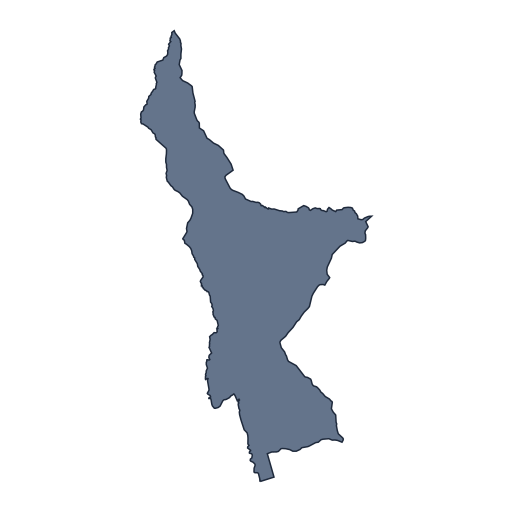 outline of Santa Rosa De Viterbo, Boyacá, Colombia
{"feature_id": "7082276B66726044645643", "entity_name": "Santa Rosa De Viterbo", "entity_type": "district", "adm_level": 2, "iso_a3": "COL", "parent_name": "Colombia", "parent_adm1": "Boyacá", "projection": "orthographic", "projection_center": [-72.996, 5.904], "detail": "fine", "context": "isolated", "style": "filled", "palette": "slate", "viewbox_px": 512, "rotation_deg": 0, "n_neighbors": 0, "source": "geoboundaries", "source_scale": "gbopen_adm2", "svg_char_len": 6065}
<svg xmlns="http://www.w3.org/2000/svg" viewBox="0 0 512 512"><path d="M247.9,444.0L249.0,445.3L247.7,446.9L247.6,448.0L250.6,450.3L250.6,450.7L249.6,451.5L249.3,452.9L249.7,453.3L251.5,453.7L252.0,454.3L252.3,455.3L251.8,458.0L250.4,459.1L250.2,460.4L250.7,461.1L253.2,462.3L255.0,464.2L255.1,465.4L254.1,468.2L254.0,472.0L254.9,472.7L257.4,472.7L258.4,473.4L259.7,478.5L259.9,480.7L260.3,480.4L260.8,481.3L274.0,477.1L267.3,453.7L271.7,452.0L276.5,451.9L278.4,451.4L281.0,448.7L282.3,448.5L285.7,448.7L289.8,449.6L292.8,451.2L296.3,451.2L300.0,449.5L301.8,447.7L307.9,446.6L309.3,446.0L315.7,442.6L318.3,442.2L321.1,439.7L323.0,439.2L328.9,438.7L332.2,440.1L335.0,440.0L337.5,440.4L342.0,442.2L343.1,440.2L343.3,439.0L342.8,438.0L338.3,433.8L337.3,430.6L336.4,425.6L336.7,423.9L336.1,422.3L335.7,415.0L333.2,412.1L331.4,408.8L332.3,402.4L332.0,401.5L331.1,401.0L329.4,399.0L325.2,396.5L322.7,393.5L320.8,392.0L319.7,390.0L317.4,387.5L316.3,386.7L313.6,385.9L313.0,385.4L312.1,383.9L311.2,380.3L310.6,379.1L307.5,377.4L305.2,377.0L304.5,376.4L296.2,365.6L288.5,361.4L287.6,359.9L286.4,355.9L285.6,354.7L284.6,351.9L281.3,347.7L279.9,342.6L280.1,341.6L281.1,340.1L285.6,336.3L288.1,332.7L293.0,327.4L296.6,321.8L299.2,319.7L301.2,316.2L304.2,312.1L307.8,308.6L309.4,306.6L311.9,296.2L313.3,293.3L317.6,286.6L319.4,284.9L320.6,284.6L323.1,284.5L324.8,285.1L326.8,281.5L329.2,278.5L329.7,277.6L327.2,274.3L326.7,270.4L327.3,267.0L331.4,258.2L332.2,254.5L340.0,246.2L345.2,243.1L346.9,241.0L347.8,240.4L352.5,241.5L354.4,241.2L355.7,241.4L356.3,241.9L359.6,242.9L362.4,242.6L364.9,241.2L365.5,240.3L365.7,238.2L365.6,234.7L364.9,233.1L365.3,230.8L367.8,227.6L368.1,226.7L365.7,221.6L371.6,216.2L369.1,216.3L367.7,216.7L364.4,218.1L363.0,219.4L362.1,219.6L361.1,219.7L357.9,218.8L357.7,216.1L356.3,213.7L355.0,212.6L354.6,211.1L353.2,210.1L352.4,208.1L350.8,207.5L348.1,207.3L344.5,207.7L343.5,208.0L342.1,209.6L336.7,210.1L335.7,211.6L332.3,210.1L330.8,208.7L329.0,207.5L327.5,209.3L327.0,211.3L326.1,211.7L323.4,210.6L321.9,210.5L320.6,209.6L320.3,208.7L319.7,208.5L317.2,208.6L315.2,207.9L312.9,208.7L310.4,210.4L309.3,209.8L308.9,208.4L308.4,207.8L306.1,206.4L303.7,205.6L298.2,208.8L297.9,210.4L296.7,212.0L288.6,212.6L287.4,212.4L285.9,211.4L283.6,211.6L282.4,211.0L279.5,210.7L274.2,209.0L271.7,209.1L268.7,208.0L268.5,208.9L267.9,208.9L265.2,207.0L264.9,207.5L262.5,205.5L261.2,205.7L260.7,204.2L259.3,202.8L257.9,202.3L256.0,202.4L252.7,201.4L251.1,201.5L245.5,199.0L243.9,196.0L242.3,194.4L238.2,192.4L232.7,190.3L231.3,189.4L230.1,188.1L225.7,179.7L225.1,178.4L224.9,176.8L226.0,175.3L233.1,170.2L231.1,164.1L227.0,157.6L224.1,153.7L223.8,153.0L223.5,150.2L223.2,149.8L218.3,145.4L213.5,143.1L209.5,139.7L207.0,138.2L203.6,130.8L199.4,128.0L199.3,123.1L198.6,121.9L197.5,121.0L196.8,119.8L194.3,113.3L194.2,111.9L195.1,107.3L195.2,105.1L194.7,102.2L195.1,101.4L192.9,92.9L192.2,86.7L191.6,85.9L187.7,83.0L182.6,80.6L180.1,77.7L181.7,75.3L181.9,73.9L182.0,70.5L179.2,64.6L180.0,60.0L180.9,58.5L180.9,53.9L181.5,49.0L180.9,45.7L181.0,43.2L180.5,42.6L180.4,40.8L179.7,38.9L175.2,33.1L174.2,30.7L171.8,32.5L171.9,34.4L171.0,36.6L171.3,37.5L170.2,38.1L170.2,39.9L169.9,40.8L170.8,41.6L168.6,44.2L169.4,45.9L168.4,47.9L168.6,48.9L167.5,50.9L167.8,52.0L167.6,54.5L166.5,56.1L163.8,57.6L162.8,60.1L157.2,62.0L156.1,63.9L155.1,64.9L155.0,66.2L154.5,67.1L155.0,68.2L154.4,68.4L154.3,69.3L153.9,69.6L153.9,69.9L154.6,70.3L154.2,72.3L156.0,75.7L156.1,76.2L155.4,77.4L155.4,78.2L156.9,82.3L156.3,83.6L156.4,84.5L155.7,87.4L155.7,88.4L155.5,88.8L153.6,89.5L152.8,91.0L151.1,93.3L151.0,94.5L148.8,96.4L148.6,98.3L146.8,101.3L147.1,104.0L146.8,104.4L145.9,104.7L143.9,106.9L143.5,109.9L142.5,111.3L141.4,111.9L140.7,114.1L141.0,118.0L140.4,119.1L141.0,119.8L140.8,122.1L141.5,123.7L143.1,124.0L148.0,127.2L148.6,128.2L151.1,129.7L153.0,132.9L154.7,133.9L155.2,134.8L155.4,136.9L156.0,137.8L155.9,139.0L156.2,139.5L166.0,148.2L166.4,149.0L166.5,150.6L166.4,153.9L165.8,158.7L165.8,162.1L166.5,164.4L166.5,167.4L167.1,170.4L166.1,173.4L166.6,175.5L166.3,177.4L167.3,181.3L168.2,182.0L170.9,185.7L172.5,186.9L173.9,189.1L175.0,190.2L178.1,191.7L179.9,193.0L182.4,196.2L187.3,199.7L188.3,201.0L189.6,204.3L191.9,206.9L192.7,209.3L192.7,213.3L190.9,218.4L189.8,220.4L187.7,222.8L186.5,228.5L187.0,231.5L186.5,232.7L182.8,238.7L183.1,239.4L184.3,240.2L184.9,243.3L186.3,244.1L189.3,246.6L190.7,248.4L191.7,250.8L192.1,253.7L193.5,256.0L193.7,257.1L194.7,257.9L194.7,259.4L197.3,263.7L197.8,266.5L199.7,269.4L200.3,271.2L202.4,273.8L202.2,274.7L203.0,275.6L203.1,276.9L200.8,280.2L200.3,281.3L200.9,282.8L201.5,283.3L201.4,285.8L202.1,285.7L202.2,286.9L203.1,287.5L203.3,288.5L204.7,289.6L205.0,290.2L206.7,290.8L207.0,291.6L208.4,291.8L208.8,292.4L209.5,295.1L210.2,296.2L210.6,302.1L211.6,303.3L212.2,305.1L211.7,306.5L212.9,308.3L213.3,310.0L213.4,310.9L212.8,311.9L213.2,313.1L213.0,314.2L214.2,317.1L215.1,317.5L215.2,318.8L217.1,320.4L218.3,325.5L217.7,326.5L217.5,327.5L216.9,328.2L217.7,328.7L217.0,329.2L216.9,329.6L217.2,331.6L216.7,332.3L216.1,332.8L214.1,332.6L212.3,334.5L211.0,335.3L209.6,336.7L210.1,339.4L209.4,343.0L209.7,343.6L209.4,345.2L209.6,346.2L209.0,347.3L211.6,353.0L209.4,355.1L209.0,356.0L208.9,357.6L209.8,359.6L209.1,360.1L207.2,359.7L206.8,359.9L206.8,361.3L206.3,362.3L206.3,364.6L207.5,368.1L206.2,371.0L206.2,372.7L205.7,373.8L205.5,374.9L205.9,375.7L205.5,376.4L205.4,379.0L205.6,379.5L207.3,378.5L208.0,378.6L207.5,380.5L209.0,389.3L208.9,390.4L207.3,393.3L207.9,394.2L210.1,395.5L210.6,396.9L208.9,397.9L208.8,398.4L209.0,398.6L210.3,398.3L210.5,398.5L211.0,399.4L211.8,404.2L212.4,405.9L214.3,408.2L215.3,408.3L218.2,407.5L220.1,406.1L222.7,401.0L223.5,400.1L224.3,399.7L225.5,399.6L226.6,399.2L229.5,397.6L231.0,395.8L232.7,394.9L233.6,394.0L234.1,394.1L235.1,395.7L237.2,400.6L239.0,399.2L239.5,400.0L238.1,401.9L238.8,403.0L238.3,403.6L238.2,404.6L239.0,408.8L239.5,409.3L239.8,410.6L239.3,412.0L239.6,414.7L241.0,420.0L244.2,429.8L247.1,432.8L247.8,435.5L248.0,438.1L247.9,444.0Z" fill="#64748b" stroke="#1e293b" stroke-width="1.5"/></svg>